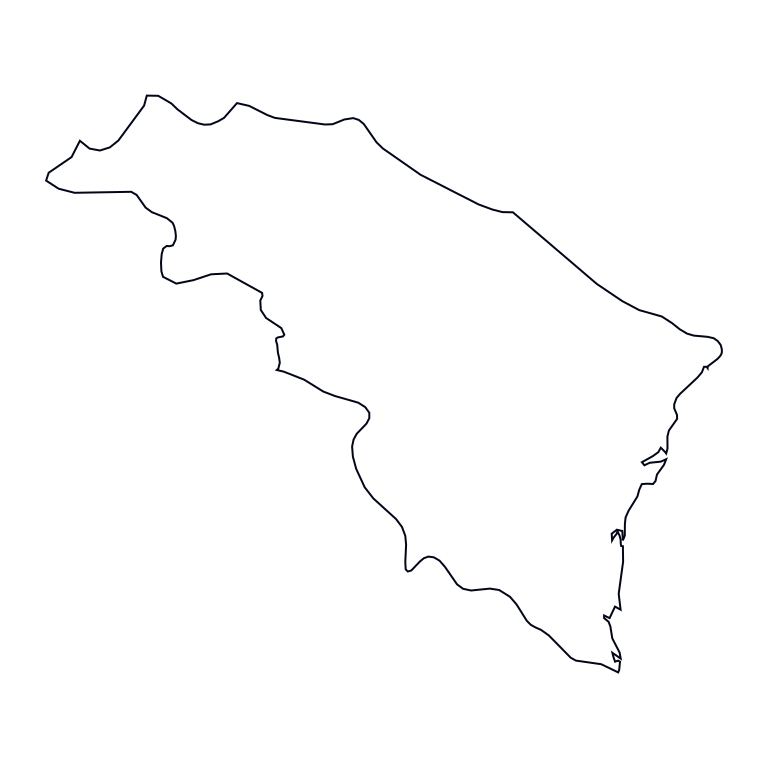 Thanh Hóa, Albers equal-area conic projection
{"feature_id": "VNM-456", "entity_name": "Thanh Hóa", "entity_type": "Province", "adm_level": 1, "iso_a3": "VNM", "parent_name": "Vietnam", "parent_adm1": "", "projection": "albers", "projection_center": [105.367, 19.958], "detail": "fine", "context": "isolated", "style": "outline", "palette": "ink", "viewbox_px": 768, "rotation_deg": 0, "n_neighbors": 0, "source": "natural_earth", "source_scale": "10m", "svg_char_len": 2635}
<svg xmlns="http://www.w3.org/2000/svg" viewBox="0 0 768 768"><path d="M99.9,150.5L109.8,147.4L118.4,140.5L144.1,105.6L146.8,95.6L158.2,95.8L171.4,103.5L177.4,109.3L191.5,120.0L197.9,123.2L204.1,124.7L210.6,124.4L218.1,121.3L224.0,117.9L237.0,103.1L249.2,105.9L267.2,115.0L274.9,117.9L325.1,124.5L332.7,124.2L344.3,119.5L353.2,118.1L358.8,119.9L363.8,124.0L376.5,142.3L382.9,148.5L420.6,174.8L478.5,204.4L492.6,209.6L502.5,212.1L512.9,212.3L596.9,284.0L622.4,301.2L639.2,310.1L661.8,316.5L672.0,323.1L679.8,329.3L687.0,333.6L693.8,335.6L707.3,336.8L713.7,338.2L717.7,341.0L720.7,345.0L721.8,349.1L721.9,352.2L721.1,354.7L719.5,356.8L717.4,359.0L707.7,366.4L707.6,368.1L706.7,366.8L704.0,366.8L701.9,372.3L697.4,377.6L680.1,393.8L676.6,397.9L674.2,404.3L674.2,408.3L677.0,414.9L677.1,418.9L668.9,430.5L667.4,436.7L667.5,448.5L666.2,453.5L665.0,451.9L660.8,447.7L658.3,452.2L652.7,456.2L641.9,462.2L644.4,465.3L649.6,462.8L660.9,461.6L666.2,459.2L664.0,464.8L657.0,474.5L655.5,481.1L653.0,484.0L647.4,483.7L641.8,484.1L639.3,489.6L637.4,496.5L628.6,510.7L625.6,517.4L624.9,524.0L624.8,535.6L622.9,540.4L622.3,531.0L616.9,529.7L611.7,533.7L612.1,540.4L613.7,537.5L616.5,534.0L617.5,531.5L619.5,535.4L620.6,539.5L620.8,544.0L621.2,546.0L622.9,546.2L623.1,561.8L618.7,593.8L620.6,609.7L615.0,606.6L609.6,618.1L604.1,615.5L604.1,618.1L608.6,621.8L610.4,626.6L612.3,638.4L619.6,652.5L620.7,658.6L612.4,652.8L613.4,656.9L615.1,661.7L618.0,660.6L620.0,661.7L619.2,669.9L618.2,672.4L601.2,664.2L575.9,660.6L570.7,657.7L548.9,635.5L540.9,629.8L535.2,627.3L530.7,624.7L526.8,620.8L516.6,604.5L510.0,596.8L499.1,590.0L489.9,588.6L471.1,590.5L463.1,588.8L457.0,584.3L445.0,566.9L439.5,560.6L433.8,557.3L428.4,556.6L423.9,558.2L419.9,561.5L411.3,570.5L407.8,571.5L405.7,569.4L405.3,562.0L406.1,544.7L405.3,535.9L402.0,527.0L396.1,519.1L373.4,498.5L364.7,487.3L356.2,468.9L352.9,456.7L352.1,446.5L353.6,439.5L356.7,433.8L366.5,423.6L369.3,418.2L369.3,412.8L365.2,407.1L358.3,402.7L334.9,396.0L323.2,391.5L304.0,379.6L283.6,371.6L276.8,370.0L278.3,368.6L279.8,362.8L279.1,357.7L277.9,352.6L277.2,344.8L276.1,341.1L276.2,338.5L277.6,337.5L283.0,336.4L284.3,334.7L281.3,328.1L266.1,318.0L260.8,310.0L260.3,300.5L262.5,296.0L262.1,292.9L227.1,273.5L211.1,274.3L193.2,280.2L176.3,283.6L163.0,276.8L161.4,271.3L161.0,262.7L161.7,254.1L163.2,248.6L166.6,246.0L169.8,246.2L172.9,245.3L175.6,239.6L175.9,235.9L175.3,230.9L174.1,226.1L172.6,222.8L166.9,218.2L151.9,212.2L145.6,207.6L136.6,194.9L131.2,191.8L74.6,192.8L58.6,188.7L46.1,180.6L48.7,172.7L71.4,157.2L71.5,157.2L79.9,140.8L89.6,148.6L99.9,150.5Z" fill="none" stroke="#020617" stroke-width="2"/></svg>